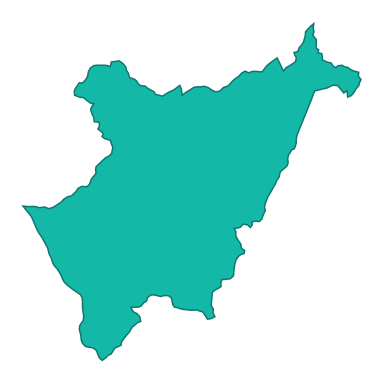 the district of Jaú, São Paulo, Brazil
{"feature_id": "56859067B42546306526915", "entity_name": "Jaú", "entity_type": "district", "adm_level": 2, "iso_a3": "BRA", "parent_name": "Brazil", "parent_adm1": "São Paulo", "projection": "orthographic", "projection_center": [-48.547, -22.301], "detail": "fine", "context": "isolated", "style": "filled", "palette": "teal", "viewbox_px": 384, "rotation_deg": 0, "n_neighbors": 0, "source": "geoboundaries", "source_scale": "gbopen_adm2", "svg_char_len": 3880}
<svg xmlns="http://www.w3.org/2000/svg" viewBox="0 0 384 384"><path d="M74.2,91.0L74.6,95.3L79.9,97.3L83.6,97.6L86.6,100.2L90.4,103.1L93.8,103.7L91.8,106.6L90.7,109.1L91.2,111.7L92.3,114.5L93.9,117.7L94.2,121.8L99.0,122.2L99.6,125.4L97.9,129.0L100.3,130.8L103.4,133.6L102.0,136.5L104.6,138.6L107.1,139.4L110.3,140.3L111.5,144.1L112.8,147.4L112.2,150.4L111.7,153.3L109.2,155.9L105.6,157.8L103.0,160.1L96.1,166.7L95.6,169.3L96.0,173.4L91.1,179.5L89.6,184.1L87.0,186.7L81.9,186.4L78.1,188.3L75.7,191.9L71.5,195.8L67.3,196.9L63.6,199.4L61.2,202.0L57.1,204.8L53.0,207.4L48.8,208.7L44.8,207.0L39.2,207.7L36.0,206.7L32.7,206.4L29.0,206.6L23.0,206.1L26.7,210.8L29.9,214.6L31.7,217.2L33.7,221.9L35.3,225.7L37.1,229.7L38.3,232.1L40.2,235.0L41.9,237.4L43.7,240.7L46.0,244.8L47.5,247.7L48.3,250.5L49.0,253.7L51.3,258.2L52.9,263.2L54.5,266.0L57.2,268.9L60.0,273.3L61.7,276.6L62.8,279.5L64.5,282.4L67.6,285.4L73.2,289.7L80.5,294.7L82.2,297.8L82.5,302.2L82.5,307.9L83.0,311.7L83.7,315.6L83.3,320.4L81.3,323.1L79.7,325.8L79.3,329.6L80.5,333.9L81.0,336.9L81.2,339.9L82.6,343.5L85.5,346.4L89.0,347.3L91.7,347.6L94.2,348.6L96.3,350.4L98.0,354.6L99.4,358.0L102.2,360.4L106.3,357.4L108.0,355.3L110.8,354.2L112.3,352.2L114.9,348.0L118.3,346.6L121.1,345.2L121.5,341.9L124.2,338.2L126.5,335.3L129.5,331.9L132.0,327.4L137.4,322.7L140.7,321.4L139.8,316.8L137.0,313.6L133.7,312.0L132.2,309.9L130.9,307.4L134.4,307.1L138.2,307.2L141.2,305.9L143.6,302.9L146.4,301.2L147.9,297.0L151.4,294.9L154.7,295.0L160.7,296.5L164.7,295.5L168.4,295.7L171.4,297.9L172.8,304.7L174.4,307.2L177.4,307.6L179.7,308.6L182.6,309.3L187.8,309.9L190.6,310.2L193.2,310.2L196.3,309.9L203.0,312.1L207.5,319.2L211.7,318.5L214.9,316.6L213.1,313.0L213.3,309.0L211.2,305.7L212.3,292.4L215.2,289.9L218.1,288.6L221.1,286.4L220.8,283.5L221.8,279.6L226.1,279.3L230.4,278.7L233.5,275.8L233.9,271.3L234.2,268.1L234.7,264.4L236.2,259.7L238.6,256.2L241.2,254.3L244.0,253.7L244.7,250.7L241.5,248.3L240.7,243.9L237.5,239.3L235.8,235.8L235.9,231.7L234.3,228.2L237.4,228.1L240.4,227.2L243.0,224.2L247.4,224.8L250.4,227.5L252.3,224.9L251.9,222.1L255.4,221.1L259.2,221.6L261.9,219.0L262.9,215.8L264.0,213.2L265.3,210.5L264.5,207.1L265.4,203.2L266.6,200.3L267.8,196.9L269.8,193.6L271.8,190.3L273.6,186.8L275.3,184.3L276.7,180.5L279.3,176.8L279.8,173.0L281.5,170.7L283.7,168.9L287.0,166.0L288.1,163.0L287.7,158.2L288.6,154.9L290.1,152.7L291.8,149.8L294.3,148.8L295.3,146.4L296.2,143.1L296.4,138.4L296.9,135.4L311.5,99.4L313.4,94.0L314.8,90.9L321.8,89.2L326.7,88.1L332.7,85.3L337.6,85.4L340.8,89.4L343.8,93.0L347.0,90.6L347.7,97.1L351.2,95.7L353.8,92.6L355.9,89.0L358.8,85.7L359.5,82.7L361.0,79.6L358.4,76.2L358.7,72.3L356.1,71.6L353.1,70.8L350.1,69.2L347.6,67.3L344.6,66.9L342.3,65.3L338.0,65.7L335.8,67.8L333.1,66.1L331.2,63.0L328.7,62.5L326.1,61.7L322.2,59.7L322.4,56.7L321.7,53.5L318.0,52.8L318.7,49.9L316.0,47.9L316.3,43.7L316.3,39.7L312.8,35.2L314.0,31.8L313.2,28.1L313.8,23.6L310.4,26.4L307.5,29.6L305.6,31.6L305.2,36.1L304.4,38.8L303.5,42.0L301.3,45.4L299.2,47.5L297.9,51.5L294.0,52.5L294.9,55.3L296.3,57.6L295.6,61.4L293.2,63.4L290.1,65.4L285.8,67.9L283.6,71.2L277.1,57.9L271.4,62.0L266.7,65.8L264.5,68.7L262.1,71.9L254.6,71.3L252.0,71.5L248.6,72.9L245.1,71.1L241.8,73.0L238.6,76.4L234.5,79.2L231.8,81.8L229.5,84.5L227.5,86.2L223.6,87.4L220.8,90.1L218.4,91.6L214.7,91.6L211.0,89.5L208.2,87.6L204.3,86.3L200.0,86.9L197.0,86.8L193.7,87.4L190.9,89.4L185.9,92.3L182.2,95.3L181.3,88.9L179.8,85.4L174.9,89.1L172.0,90.8L168.6,92.2L165.4,94.3L162.3,96.2L159.6,95.3L155.7,94.5L154.1,91.8L150.9,90.1L147.6,88.2L144.8,85.9L141.3,85.9L138.5,84.2L137.0,81.5L134.5,79.2L129.5,77.6L128.3,73.1L126.4,70.3L125.8,67.0L123.1,63.7L119.2,60.8L115.0,61.5L111.4,61.9L110.3,66.6L107.4,65.6L104.6,65.2L101.5,65.2L98.4,65.2L94.0,65.5L90.3,68.0L88.4,71.8L87.5,76.4L86.2,78.9L82.7,83.0L79.3,82.8L75.5,88.3L74.2,91.0Z" fill="#14b8a6" stroke="#0f766e" stroke-width="1.5"/></svg>